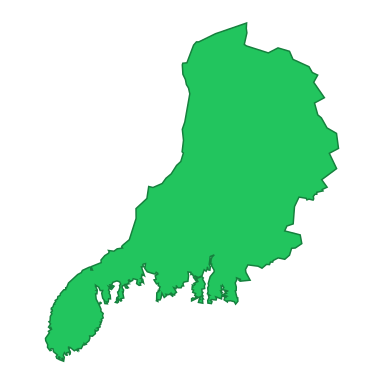 the district of Lindesnes nor, Vest-Agder, Norway
{"feature_id": "86288312B19723632220281", "entity_name": "Lindesnes nor", "entity_type": "district", "adm_level": 2, "iso_a3": "NOR", "parent_name": "Norway", "parent_adm1": "Vest-Agder", "projection": "albers", "projection_center": [7.221, 58.115], "detail": "fine", "context": "isolated", "style": "filled", "palette": "green", "viewbox_px": 384, "rotation_deg": 0, "n_neighbors": 0, "source": "geoboundaries", "source_scale": "gbopen_adm2", "svg_char_len": 5995}
<svg xmlns="http://www.w3.org/2000/svg" viewBox="0 0 384 384"><path d="M289.5,51.3L278.0,47.9L268.3,52.9L246.4,45.9L244.3,44.4L246.9,32.9L246.3,28.5L246.6,23.0L215.5,33.7L198.7,41.9L196.4,41.9L193.6,45.1L186.9,62.8L182.8,63.2L182.3,64.8L182.9,74.3L185.4,79.5L186.4,84.6L188.5,88.0L189.8,93.8L184.8,122.0L182.3,129.3L183.5,140.3L182.1,151.8L183.4,153.0L180.8,161.5L176.6,165.4L171.2,173.9L166.0,178.2L162.2,183.5L153.0,187.5L148.7,186.5L146.9,198.5L136.0,208.6L136.1,218.4L129.3,239.7L122.3,245.6L121.7,246.8L122.5,248.0L117.2,248.8L113.9,251.2L108.5,250.5L109.2,251.8L108.5,253.3L104.8,255.6L101.0,260.0L101.2,262.6L91.2,266.6L92.5,270.1L90.8,270.0L90.7,267.4L89.5,267.1L82.4,270.4L81.3,272.6L77.7,274.5L68.5,283.0L66.5,287.8L65.7,287.7L65.7,289.6L63.8,289.8L60.4,293.6L60.1,295.5L57.9,296.5L57.4,299.1L55.2,300.4L55.7,301.5L54.3,303.3L54.6,304.2L53.7,304.3L53.0,306.8L51.3,308.2L51.3,309.7L52.2,309.7L52.4,311.0L50.9,312.3L51.9,313.8L50.3,316.4L50.1,321.0L48.9,321.7L50.6,323.9L48.5,327.1L50.1,328.5L50.8,327.5L51.6,329.2L48.4,331.3L49.4,332.8L45.5,338.3L45.7,340.7L47.7,344.7L47.5,347.3L50.0,350.7L51.1,350.4L50.6,349.3L51.1,348.6L53.0,348.8L53.5,351.7L57.4,354.9L56.1,356.5L56.8,358.3L58.8,359.2L58.8,356.2L59.2,357.8L60.0,356.8L59.4,359.6L63.0,361.0L61.7,357.7L63.8,360.3L64.3,357.3L63.3,355.3L64.4,352.7L66.2,355.2L67.1,355.2L66.7,352.7L68.9,352.0L69.5,354.5L70.1,354.1L70.4,352.1L68.5,348.1L68.6,346.4L69.4,348.3L70.4,347.6L74.3,350.8L76.1,349.7L77.6,350.9L77.5,349.6L78.6,350.3L78.3,348.6L81.3,348.5L83.2,344.7L84.8,345.1L83.9,344.7L84.1,343.6L84.8,344.7L85.9,344.4L85.3,344.0L89.0,340.8L89.9,338.0L89.6,336.0L92.5,336.2L95.4,333.6L95.1,330.3L96.7,331.1L98.3,329.9L98.5,328.3L97.3,328.0L100.1,326.9L99.7,325.0L100.8,324.1L100.3,322.2L101.2,322.4L101.9,320.4L101.3,319.3L103.2,317.9L102.5,315.7L103.2,313.5L100.9,311.3L101.0,309.1L99.0,304.5L101.1,303.3L101.5,302.5L100.2,303.4L100.8,302.7L100.2,302.3L98.9,304.3L96.2,299.2L95.6,293.9L96.9,293.8L97.2,290.7L96.3,290.4L97.2,289.9L95.5,286.3L96.2,286.3L95.8,285.3L98.8,287.2L100.2,290.6L102.7,290.5L101.7,293.3L102.7,298.2L104.8,301.0L104.2,301.0L104.9,303.6L107.4,303.8L106.7,301.9L108.3,301.9L108.6,298.7L110.5,298.9L110.2,295.1L109.1,293.2L109.6,291.7L108.5,290.1L109.1,288.6L110.2,289.0L108.7,286.6L110.9,287.8L109.8,284.8L111.0,284.8L112.1,285.7L111.5,287.0L112.0,288.9L114.1,286.2L111.5,284.9L112.9,282.3L116.9,280.9L119.7,281.9L120.7,284.1L119.5,285.5L120.0,287.1L118.7,291.1L117.6,292.1L118.8,296.4L116.9,297.5L116.5,299.4L117.2,300.0L115.3,302.3L117.3,302.9L118.5,301.9L118.1,298.7L120.9,301.1L121.6,300.6L120.9,298.7L123.8,298.0L122.6,292.1L123.2,292.3L123.6,290.0L122.2,287.9L122.2,286.0L124.5,285.3L125.8,288.0L128.3,288.2L126.4,287.6L128.2,287.5L126.1,284.9L127.4,284.8L126.0,284.3L128.8,283.8L128.0,283.4L129.1,282.2L128.4,280.3L129.1,279.8L131.0,282.2L130.4,281.2L132.6,280.5L133.2,278.7L137.3,279.8L136.6,283.6L139.1,285.4L140.7,285.1L140.0,282.9L141.9,282.5L141.8,281.2L143.5,282.8L142.7,279.3L140.8,278.4L141.7,278.0L141.4,276.1L142.5,275.5L141.6,273.9L144.4,275.7L141.4,266.9L143.7,266.8L142.8,264.9L143.3,264.1L145.5,263.6L144.8,268.4L147.3,271.8L154.4,274.0L155.9,273.8L156.2,272.6L155.6,271.9L157.7,273.2L157.9,274.1L155.2,275.8L156.1,279.3L154.0,279.9L156.5,283.9L158.4,283.3L158.2,285.6L160.1,286.8L159.2,289.1L159.6,290.3L158.3,290.4L159.0,292.2L158.3,291.3L156.8,292.9L156.6,300.0L157.3,300.6L156.7,300.9L157.9,301.5L157.9,299.6L160.0,300.0L161.0,298.1L161.9,293.1L164.2,297.5L166.7,295.5L166.0,294.3L168.9,294.7L170.8,293.2L170.8,294.8L173.1,296.7L172.0,295.1L172.7,295.1L172.4,294.1L174.6,295.0L174.9,293.4L176.5,292.4L173.8,287.7L176.0,288.6L176.6,286.7L176.0,285.4L177.9,287.8L181.1,287.8L182.0,285.9L183.6,285.9L182.9,283.6L184.1,282.0L187.9,281.3L188.6,275.5L188.0,272.0L190.9,272.3L190.9,274.5L192.5,274.2L193.2,276.0L194.8,276.3L193.6,277.6L194.9,279.2L196.1,278.8L195.8,276.3L198.2,277.5L202.0,275.8L204.2,269.7L206.1,271.2L207.3,268.7L207.3,266.8L208.3,269.9L209.9,270.2L210.3,266.7L209.2,264.4L210.2,256.5L214.3,254.8L212.0,257.1L211.1,259.6L210.7,264.1L211.7,264.1L211.7,266.0L214.0,269.8L214.2,271.7L210.2,276.6L208.2,283.6L208.7,285.8L207.7,287.8L208.1,291.6L207.4,293.8L209.6,295.2L208.4,295.4L209.0,297.6L207.7,300.5L207.9,303.1L211.4,303.6L212.0,301.7L210.4,300.4L211.6,299.5L216.1,300.0L216.5,298.7L215.7,296.8L221.5,298.9L221.7,296.0L224.9,296.9L223.6,295.6L224.2,294.0L222.6,294.9L221.3,292.8L222.1,292.5L220.6,290.9L221.6,290.6L221.2,286.3L221.8,286.8L222.4,285.2L223.9,287.5L222.5,289.6L228.3,291.1L225.1,291.5L226.4,293.3L224.5,293.4L224.9,295.3L227.0,296.2L224.9,297.2L224.1,299.8L227.3,301.9L227.3,301.0L230.4,300.7L234.3,301.7L235.6,304.1L237.9,301.3L237.7,297.8L237.0,297.8L235.3,290.9L236.2,290.5L236.3,287.0L235.2,282.9L236.7,280.0L236.5,277.8L240.4,279.3L240.3,280.4L239.1,280.3L240.1,281.2L250.1,280.2L245.9,272.4L245.5,269.4L247.9,264.9L258.1,266.2L262.0,268.2L266.5,264.4L269.5,264.6L270.4,262.1L272.7,262.1L273.2,260.5L278.2,257.9L284.8,259.3L289.5,255.2L291.6,248.3L295.3,248.0L301.8,243.6L300.2,234.9L284.7,230.9L286.9,226.0L293.2,223.9L294.5,206.6L299.0,197.1L306.2,198.3L306.9,199.9L308.9,199.1L313.1,200.1L313.7,198.9L313.3,196.4L314.9,194.3L316.8,194.2L316.8,192.3L323.0,190.9L322.2,189.5L327.1,187.2L321.7,179.7L336.6,168.6L329.3,153.3L338.5,148.4L336.5,133.4L327.0,127.9L321.4,117.9L317.8,114.9L314.5,103.0L324.4,97.7L313.7,82.3L317.7,75.1L312.3,72.5L309.0,66.7L293.0,59.4L289.5,51.3ZM203.3,278.0L201.8,276.5L196.8,278.5L195.9,279.8L197.1,279.8L197.8,281.3L196.2,281.1L196.9,282.0L193.9,283.4L195.0,284.3L194.4,285.1L192.3,285.0L192.9,286.9L192.2,286.9L192.0,289.5L193.6,290.1L192.7,292.3L195.6,293.5L194.7,295.4L197.8,297.2L195.5,297.3L195.1,298.6L192.8,297.9L191.6,298.7L191.6,300.9L200.4,296.6L199.7,298.5L200.2,299.4L199.2,299.5L198.4,302.4L202.8,303.2L202.4,299.1L203.4,299.0L201.7,296.2L203.0,295.9L202.0,294.3L202.9,292.4L202.1,292.1L201.8,289.2L204.7,288.5L204.4,285.9L205.2,284.0L202.5,279.0L203.3,278.0Z" fill="#22c55e" stroke="#15803d" stroke-width="1.5"/></svg>